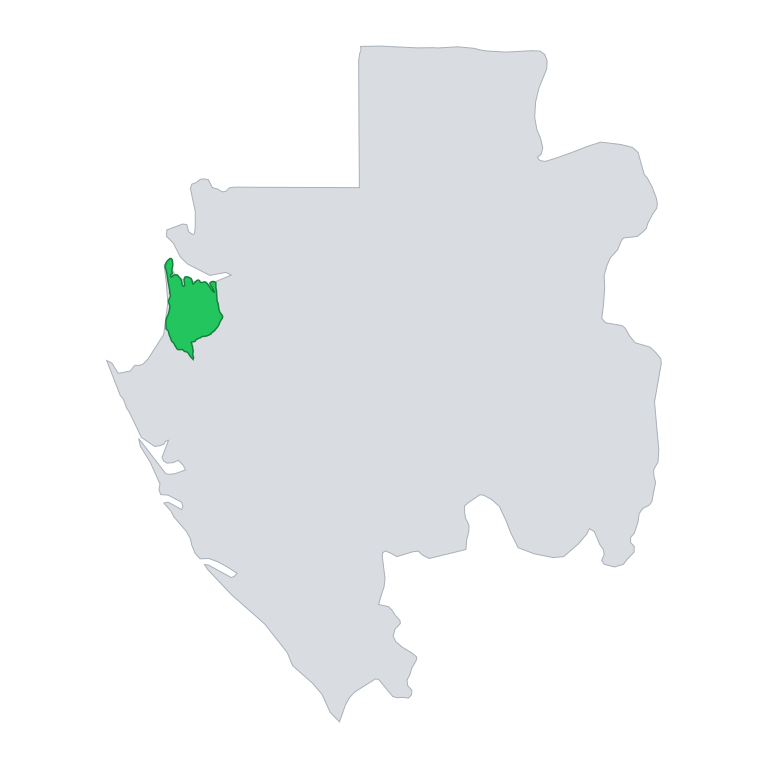 Komo-Ocèan, Estuaire, Gabon shown in context
{"feature_id": "22940354B91533016002313", "entity_name": "Komo-Ocèan", "entity_type": "district", "adm_level": 2, "iso_a3": "GAB", "parent_name": "Gabon", "parent_adm1": "Estuaire", "projection": "robinson", "projection_center": [9.579, -0.117], "detail": "fine", "context": "in_parent", "style": "filled", "palette": "green", "viewbox_px": 768, "rotation_deg": 0, "n_neighbors": 0, "source": "geoboundaries", "source_scale": "gbopen_adm2", "svg_char_len": 6173}
<svg xmlns="http://www.w3.org/2000/svg" viewBox="0 0 768 768"><path d="M547.2,61.4L546.7,69.0L539.1,87.6L535.6,101.9L534.7,117.2L536.8,129.5L540.5,138.2L542.8,147.8L541.0,154.4L537.4,157.3L539.9,160.6L545.4,161.4L554.8,158.5L569.3,153.4L588.3,146.1L600.8,142.1L621.4,144.6L632.4,147.4L638.1,152.5L644.2,174.5L647.2,177.8L652.2,187.1L656.4,198.3L657.3,204.0L656.8,208.1L652.6,214.2L647.9,223.1L646.3,228.4L642.3,232.4L637.3,236.4L623.6,238.0L621.5,240.3L617.6,249.8L610.3,257.8L607.0,265.4L604.1,275.5L604.7,288.1L603.3,306.2L601.8,318.4L605.4,322.7L621.9,325.6L625.1,328.1L629.4,335.6L635.0,342.7L650.1,347.2L655.9,352.7L660.7,358.6L661.3,363.5L657.8,383.1L654.5,401.9L655.8,416.3L657.0,429.9L658.8,449.9L658.0,462.0L653.7,469.5L653.7,475.3L655.6,482.3L651.8,501.7L649.4,505.0L642.7,508.6L639.1,513.8L638.0,522.0L634.3,533.2L630.6,537.3L630.6,542.5L634.2,546.3L634.1,552.1L627.4,559.1L623.3,564.4L614.3,567.0L604.1,564.2L601.7,560.4L604.2,554.4L603.3,549.5L599.8,544.5L594.3,531.5L589.4,528.7L586.7,534.0L578.4,543.9L563.6,556.6L553.3,557.6L534.2,553.8L518.2,547.7L510.7,532.8L506.0,520.5L499.2,506.2L491.6,499.5L483.4,495.1L479.8,494.8L468.1,502.8L464.6,505.9L464.6,512.6L465.7,518.8L467.5,521.8L469.0,525.8L468.7,532.0L466.6,540.3L465.9,549.5L429.2,558.5L422.9,555.3L418.3,551.1L412.7,551.8L396.8,556.6L391.0,553.3L385.2,550.9L382.6,552.9L382.3,556.8L385.0,578.4L384.1,586.6L380.6,597.3L378.7,604.6L388.4,606.6L391.9,610.0L395.3,615.4L400.0,620.5L400.3,623.6L395.0,629.2L393.2,636.1L395.7,641.6L402.3,647.2L412.0,653.1L416.7,657.0L416.2,660.5L411.8,668.0L410.0,674.4L407.0,680.1L407.6,685.4L411.9,690.3L411.5,694.7L408.5,698.1L402.5,697.3L397.4,697.8L392.8,696.5L378.6,679.4L375.4,678.9L354.7,692.0L349.6,697.4L345.3,705.2L339.5,721.9L330.1,712.2L322.0,694.3L312.6,683.3L292.6,665.6L287.3,652.6L264.5,623.8L231.8,595.0L208.1,570.0L204.5,564.5L208.5,565.1L231.4,577.6L234.5,576.2L237.1,573.4L227.3,566.9L217.8,561.8L209.0,558.5L200.1,558.8L195.2,553.5L191.9,545.5L190.3,538.6L186.4,531.5L173.8,516.7L170.8,510.9L163.9,503.1L168.1,502.1L181.6,509.6L182.8,506.6L181.6,502.2L168.1,495.1L160.7,494.6L159.0,489.7L160.0,483.9L150.3,462.3L140.3,446.2L138.7,438.5L165.8,473.7L169.5,474.3L174.2,473.9L185.4,470.0L183.3,465.3L178.3,460.3L173.3,462.6L167.0,463.1L163.6,461.0L162.1,457.3L168.5,440.3L165.7,441.2L163.7,444.2L160.2,445.6L154.8,446.5L141.4,437.4L129.6,412.7L126.5,407.7L123.4,399.1L120.3,395.6L106.7,360.5L111.9,363.1L118.1,373.3L130.1,371.1L134.8,365.3L138.9,365.5L143.0,364.1L148.3,358.6L163.7,334.5L167.8,302.6L166.4,283.7L164.2,264.9L169.3,258.9L171.3,262.9L172.3,269.6L174.7,274.5L180.1,278.9L190.3,280.1L206.1,287.1L211.7,291.5L213.2,282.6L231.3,275.1L225.9,272.4L209.8,275.4L187.7,264.1L180.3,257.0L173.5,243.4L166.4,236.3L166.9,229.9L182.8,224.0L186.9,224.7L188.6,231.7L192.9,234.6L194.5,233.6L195.2,227.6L195.3,211.6L190.4,188.5L191.9,184.1L196.3,182.5L200.1,179.5L202.8,178.9L208.2,179.5L210.9,184.8L212.4,187.7L217.8,189.1L222.2,191.9L226.1,191.2L229.3,187.9L233.9,187.2L248.4,187.2L261.5,187.3L287.6,187.4L313.6,187.5L339.7,187.6L359.4,187.6L359.3,174.5L359.2,154.2L359.0,130.2L358.9,107.2L358.8,85.9L358.7,60.7L359.7,53.5L361.0,50.5L360.6,46.4L380.8,46.1L417.3,47.9L433.3,47.7L437.8,48.0L457.7,46.8L473.9,48.3L480.8,50.1L486.9,51.0L506.3,52.1L531.6,50.7L540.2,51.1L544.9,54.6L547.2,61.4Z" fill="#d9dde1" stroke="#a8b0b8" stroke-width="1"/><path d="M215.8,282.6L215.4,282.5L214.5,281.8L214.1,281.6L212.9,281.5L211.6,281.7L210.9,282.2L210.2,282.7L209.9,283.3L210.1,284.2L210.7,285.3L211.3,286.2L212.4,287.8L213.0,289.2L213.9,290.9L214.3,292.0L213.7,292.1L212.2,290.7L211.0,288.9L209.9,287.1L208.4,285.1L207.6,283.9L206.3,282.6L205.5,282.0L204.4,281.9L203.5,282.1L202.6,282.4L201.5,282.5L200.5,282.3L199.9,281.6L199.7,280.9L199.0,280.3L198.4,280.1L197.5,280.2L196.8,280.5L196.1,281.1L195.3,281.9L194.5,282.9L193.7,283.8L193.0,284.0L192.6,283.3L192.3,281.6L191.9,280.2L191.5,279.2L190.8,278.2L189.7,277.8L188.3,277.1L186.7,276.8L186.1,276.8L185.0,277.1L184.5,277.9L184.2,279.1L184.1,280.6L184.3,281.8L184.5,283.3L184.5,284.9L184.4,285.9L183.9,286.2L183.1,286.2L182.6,285.7L182.1,284.7L182.0,283.4L181.9,282.1L181.4,280.5L180.5,278.6L178.9,277.0L178.4,276.1L177.5,275.2L176.4,274.8L173.5,275.2L172.7,275.8L172.1,276.6L171.4,277.2L170.9,277.0L170.6,276.1L170.7,274.6L172.2,273.8L172.4,273.0L172.1,272.1L171.9,271.1L171.8,269.5L172.2,268.2L172.6,266.5L172.8,264.9L172.7,263.4L172.5,261.3L172.1,259.6L171.4,258.7L170.1,258.5L168.6,259.7L168.0,260.3L167.2,261.1L166.3,262.5L165.7,264.1L165.1,266.3L165.2,267.7L166.0,269.5L166.9,273.6L167.6,278.3L168.1,281.9L168.8,285.5L169.2,287.8L169.7,290.2L169.7,291.6L169.9,293.8L170.3,294.8L170.5,296.0L170.2,296.8L169.5,298.3L168.8,299.8L168.5,301.0L168.6,302.5L169.1,303.7L169.7,305.3L169.8,306.7L169.7,308.1L169.4,310.0L169.1,311.4L168.7,312.9L168.3,314.2L167.7,315.6L167.0,317.0L166.4,318.8L165.9,320.9L165.9,324.1L166.1,329.0L166.7,329.4L168.0,330.6L168.5,331.8L168.9,333.7L169.3,335.2L170.1,336.9L170.6,338.4L171.1,339.9L171.8,341.3L172.6,342.2L173.5,342.8L174.2,343.8L174.5,344.7L174.9,345.6L175.7,346.7L176.3,347.7L176.8,348.7L177.8,349.5L179.1,349.7L180.8,349.6L182.1,349.5L182.9,349.8L183.5,350.6L184.3,351.2L185.4,351.7L186.4,351.8L187.2,352.2L187.9,352.8L188.7,353.8L189.4,355.0L190.2,356.2L191.1,357.4L192.1,358.3L193.1,359.4L193.6,357.3L193.1,356.0L192.8,355.0L192.7,353.9L193.1,352.1L193.2,351.5L193.1,350.0L192.8,349.3L192.6,347.5L192.5,346.3L191.9,345.0L191.8,343.9L191.6,343.1L191.2,342.4L191.8,341.9L192.9,341.7L194.2,341.6L195.1,341.3L195.5,340.6L196.1,339.7L196.9,339.3L197.9,338.8L198.6,338.2L199.7,338.0L200.7,337.6L201.4,337.0L202.2,336.5L203.7,336.4L205.5,336.2L206.8,335.9L208.1,335.4L209.2,334.9L210.3,334.2L210.9,334.2L211.0,333.6L211.5,332.9L212.7,332.1L214.3,330.9L215.4,329.6L216.8,327.9L217.7,326.8L218.3,325.7L219.1,324.2L219.7,322.7L220.3,321.3L221.0,320.2L221.6,319.2L222.2,318.4L222.6,317.4L222.6,316.2L222.2,315.3L221.4,314.3L220.6,313.2L219.9,312.2L219.3,310.7L218.9,309.0L218.6,307.3L218.4,305.6L218.1,303.3L217.4,301.9L217.1,300.8L216.8,297.1L216.6,293.8L216.5,291.6L216.4,290.2L216.1,288.7L215.8,287.6L215.9,286.3L215.8,282.6Z" fill="#22c55e" stroke="#15803d" stroke-width="1.5"/></svg>